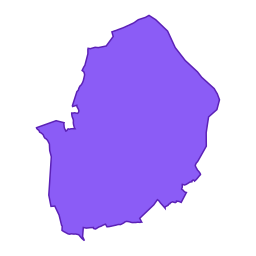 the district of Ehime-Mbano, Imo, Nigeria
{"feature_id": "59680162B95469939765095", "entity_name": "Ehime-Mbano", "entity_type": "district", "adm_level": 2, "iso_a3": "NGA", "parent_name": "Nigeria", "parent_adm1": "Imo", "projection": "robinson", "projection_center": [7.283, 5.671], "detail": "fine", "context": "isolated", "style": "filled", "palette": "violet", "viewbox_px": 256, "rotation_deg": 0, "n_neighbors": 0, "source": "geoboundaries", "source_scale": "gbopen_adm2", "svg_char_len": 2784}
<svg xmlns="http://www.w3.org/2000/svg" viewBox="0 0 256 256"><path d="M141.7,222.1L139.7,218.3L153.8,204.8L157.4,199.7L158.8,200.7L160.6,203.1L164.0,206.9L165.1,208.2L165.0,207.0L165.9,206.4L168.1,205.3L168.3,204.7L168.8,204.2L170.0,203.6L170.5,202.7L172.0,202.1L172.7,201.8L173.4,202.1L174.3,202.4L174.9,202.5L175.2,202.6L175.6,202.5L176.5,201.8L176.5,201.1L178.8,201.4L181.2,202.4L186.4,192.5L185.5,192.3L184.6,191.8L183.8,191.1L183.0,190.1L181.6,189.2L181.6,188.9L182.2,187.5L182.3,186.4L182.2,185.2L182.3,184.4L184.2,184.9L184.5,185.0L186.2,184.4L187.5,183.6L189.0,182.7L189.6,182.2L191.1,181.9L192.0,181.7L192.0,180.8L193.2,180.0L194.0,180.2L194.5,181.1L195.4,180.4L197.1,178.6L199.1,176.1L200.5,174.6L200.4,174.0L199.8,172.9L198.9,171.6L197.3,169.8L196.7,168.5L196.1,167.6L195.4,166.0L195.3,165.2L195.8,164.0L196.3,163.0L197.5,161.7L198.4,160.2L206.3,146.2L206.2,132.6L207.5,123.9L208.6,116.9L216.9,109.6L219.5,99.8L217.2,93.6L216.7,92.9L214.2,88.6L201.6,77.2L197.5,71.9L185.2,60.5L175.2,47.6L167.6,31.1L155.7,19.7L149.0,15.4L145.4,17.4L138.3,19.7L133.6,23.0L123.1,27.8L111.9,31.9L113.2,36.5L106.2,46.0L98.4,47.6L95.1,47.3L90.3,48.7L88.1,48.3L87.9,49.4L87.9,53.8L84.9,65.3L83.8,67.0L82.1,70.5L83.2,71.3L84.1,72.3L84.6,74.8L84.4,76.0L83.7,79.0L83.3,80.7L82.5,82.7L81.3,84.8L80.0,86.0L78.9,88.1L78.2,90.3L76.9,91.6L74.6,98.8L72.4,105.7L72.6,106.5L73.4,106.3L75.0,105.8L75.9,105.5L76.8,105.3L76.8,106.0L77.2,107.2L78.2,108.8L78.9,110.9L78.7,111.8L78.4,112.5L77.6,113.4L75.9,113.1L74.8,112.8L73.9,112.9L73.1,113.1L72.2,113.0L71.7,113.0L71.7,113.9L71.9,115.3L72.1,116.5L72.5,117.6L73.0,118.9L73.3,119.8L73.4,120.9L73.3,122.8L73.5,124.4L74.4,127.7L75.0,128.7L72.4,128.7L70.7,128.8L69.7,129.2L68.3,128.9L67.9,129.0L67.3,129.8L67.0,130.4L66.4,130.9L65.7,131.0L65.3,129.8L64.7,128.9L64.3,127.6L64.1,126.5L64.0,125.0L63.8,123.9L64.1,122.7L56.1,120.7L36.5,127.7L36.7,128.4L37.1,128.9L37.7,129.5L38.6,130.1L39.2,131.0L39.6,132.1L40.7,132.7L41.5,133.2L42.4,134.0L43.1,134.6L43.9,136.5L44.5,137.6L45.2,138.4L46.1,138.8L47.6,140.4L49.4,144.0L49.7,150.5L51.3,156.8L48.8,195.1L51.0,206.4L54.8,206.1L59.1,215.1L61.6,225.4L62.2,226.1L62.0,230.4L63.5,231.4L68.1,233.9L69.6,234.2L71.3,233.8L73.8,234.1L75.7,234.0L78.7,234.7L81.8,238.4L84.4,240.6L82.6,236.6L83.3,227.5L86.3,228.1L90.0,227.7L92.0,227.6L93.4,227.5L93.4,228.1L93.6,228.5L94.6,228.8L95.5,229.0L96.6,228.4L98.8,227.0L101.1,226.2L102.5,225.4L105.0,224.3L105.5,224.2L107.0,226.8L109.3,226.6L114.7,225.4L115.8,225.2L117.4,224.7L118.4,224.5L119.4,224.5L120.4,224.6L121.9,223.9L122.8,223.4L123.6,223.0L124.0,222.7L125.0,221.9L125.9,221.6L126.3,221.4L127.6,221.5L128.9,221.7L129.8,221.9L131.3,222.4L132.6,222.6L134.2,222.5L135.9,222.5L137.7,222.2L140.1,222.4L140.8,222.1L141.7,222.1Z" fill="#8b5cf6" stroke="#5b21b6" stroke-width="1.5"/></svg>